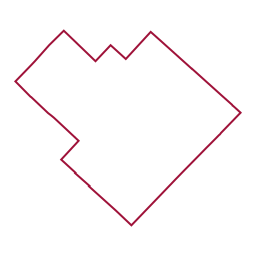 the district of Balcarce, Buenos Aires, Argentina
{"feature_id": "61730980B79646305787935", "entity_name": "Balcarce", "entity_type": "district", "adm_level": 2, "iso_a3": "ARG", "parent_name": "Argentina", "parent_adm1": "Buenos Aires", "projection": "natural_earth1", "projection_center": [-58.205, -37.757], "detail": "fine", "context": "isolated", "style": "outline", "palette": "rose", "viewbox_px": 256, "rotation_deg": 0, "n_neighbors": 0, "source": "geoboundaries", "source_scale": "gbopen_adm2", "svg_char_len": 644}
<svg xmlns="http://www.w3.org/2000/svg" viewBox="0 0 256 256"><path d="M175.0,179.9L184.8,169.8L197.3,157.1L206.3,147.9L211.5,142.7L211.8,142.4L212.2,142.0L219.1,135.0L219.9,134.4L221.0,132.9L239.3,114.0L240.3,113.1L240.6,112.7L233.1,105.9L232.6,105.7L232.2,104.9L221.0,94.9L191.9,68.7L191.8,68.8L190.6,67.7L164.9,44.6L150.7,31.9L125.8,59.0L110.6,45.2L95.5,61.2L63.8,30.7L56.7,37.7L49.2,45.1L34.7,61.4L28.5,67.9L15.4,81.4L30.6,96.8L31.1,97.0L48.1,113.1L51.1,115.4L53.9,117.7L78.6,140.8L61.2,159.6L75.5,172.7L75.1,173.2L89.5,185.9L89.0,186.4L116.1,210.8L131.4,225.3L164.0,191.4L175.0,179.9Z" fill="none" stroke="#9f1239" stroke-width="2"/></svg>